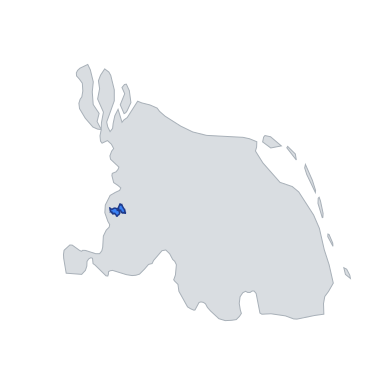 Eersel, Noord-Brabant, Netherlands shown in context, rotated 79°
{"feature_id": "6326949B60524061283729", "entity_name": "Eersel", "entity_type": "district", "adm_level": 2, "iso_a3": "NLD", "parent_name": "Netherlands", "parent_adm1": "Noord-Brabant", "projection": "natural_earth1", "projection_center": [5.327, 51.393], "detail": "fine", "context": "in_parent", "style": "filled", "palette": "blue", "viewbox_px": 384, "rotation_deg": 79, "n_neighbors": 0, "source": "geoboundaries", "source_scale": "gbopen_adm2", "svg_char_len": 4810}
<svg xmlns="http://www.w3.org/2000/svg" viewBox="0 0 384 384"><g transform="rotate(79 192 192)"><path d="M247.7,331.0L240.0,330.8L232.7,330.6L228.9,330.1L224.8,328.7L222.9,325.6L220.7,322.0L221.3,319.7L228.1,313.3L229.1,311.6L228.4,310.6L229.0,307.8L234.2,298.3L234.9,294.5L232.6,291.8L229.2,290.2L218.3,287.4L213.1,283.5L210.7,280.0L208.3,279.0L204.7,280.2L195.7,281.5L188.3,279.6L179.7,273.0L177.7,267.2L176.6,262.7L174.4,261.1L171.5,263.4L167.8,267.1L160.6,267.5L158.5,266.7L158.1,264.7L157.7,262.7L155.7,260.3L153.6,259.0L144.3,265.7L140.9,265.7L136.6,263.1L134.4,260.6L129.7,262.0L125.4,265.2L126.9,271.0L124.6,272.1L119.3,271.6L113.4,269.2L106.8,267.7L96.7,263.7L82.7,266.9L73.0,263.0L64.9,262.6L59.9,259.5L54.5,254.2L58.4,250.7L62.1,249.5L76.9,248.8L87.7,250.9L107.0,262.4L111.9,262.3L117.1,260.9L114.4,257.8L109.6,256.3L102.4,253.2L96.7,248.8L110.2,247.4L108.3,245.2L106.6,241.4L92.5,228.0L94.9,224.4L98.5,216.7L103.0,210.2L106.6,208.5L112.4,204.0L125.1,190.6L133.2,179.8L139.2,166.9L148.1,131.4L150.7,125.4L155.0,118.8L160.2,120.0L163.9,121.9L176.9,116.9L199.3,103.8L205.8,92.5L212.3,87.2L237.8,77.0L252.0,73.9L273.8,73.2L289.5,71.3L308.4,70.7L315.7,77.0L319.9,81.6L326.6,84.2L337.1,85.9L336.6,95.1L336.8,113.2L336.0,116.4L331.4,124.0L326.6,137.7L325.3,146.7L323.8,148.4L303.9,148.4L301.1,149.9L300.7,151.9L301.7,154.2L301.2,156.5L299.7,158.4L300.6,161.4L304.0,164.8L310.4,166.9L317.1,167.1L320.6,166.7L323.1,169.1L325.7,172.9L325.5,177.6L324.6,183.9L321.5,189.8L312.3,196.5L308.2,198.9L304.3,200.1L302.5,201.9L301.6,204.2L301.8,206.2L308.4,211.6L308.3,212.8L306.4,215.6L303.9,218.3L287.0,223.8L280.0,223.4L276.0,226.1L274.7,226.7L270.3,224.1L260.4,221.2L256.7,222.2L254.6,223.8L248.4,225.7L243.9,228.8L243.9,232.7L251.9,242.8L254.6,244.8L254.8,248.5L258.6,253.3L262.6,259.2L263.0,263.0L262.6,266.8L260.6,272.2L253.8,284.9L253.7,287.4L254.3,289.2L256.6,289.7L258.4,290.7L257.9,292.4L245.1,301.2L243.4,302.8L238.1,302.3L237.2,303.8L238.0,306.2L240.1,308.3L244.7,309.4L248.6,311.6L251.8,316.0L247.7,331.0ZM113.4,269.2L112.2,272.8L109.3,276.9L99.2,282.7L88.7,286.5L83.3,286.1L79.6,284.1L77.6,282.0L72.0,279.9L64.3,278.9L59.5,281.1L56.0,283.2L53.0,282.8L50.8,281.1L49.1,278.4L46.9,270.0L52.7,268.5L65.1,267.9L74.7,270.8L87.3,272.3L97.1,268.2L104.7,271.7L113.4,269.2ZM92.6,234.9L99.9,240.2L101.5,241.9L102.1,243.7L92.7,245.8L82.7,239.3L76.1,240.8L73.6,237.8L73.6,235.9L80.5,234.2L92.6,234.9ZM163.8,106.3L156.3,113.1L151.8,111.2L150.5,109.6L152.8,104.3L163.8,95.5L163.8,106.3ZM196.8,76.0L189.8,76.8L186.6,75.4L203.5,71.6L214.1,70.4L216.0,71.0L196.8,76.0ZM242.0,69.0L227.2,70.5L222.2,69.3L221.4,68.2L225.4,67.6L238.0,67.4L241.9,68.4L242.0,69.0ZM180.5,83.5L166.7,90.5L165.5,89.4L174.4,83.3L180.5,83.5ZM302.2,57.1L295.3,57.4L297.3,54.9L303.7,53.0L307.1,53.0L302.2,57.1ZM272.2,64.0L261.8,67.2L259.2,66.6L259.8,65.6L269.0,63.6L272.2,64.0Z" fill="#d9dde1" stroke="#a8b0b8" stroke-width="1"/><path d="M192.1,275.7L192.6,275.7L194.3,275.8L195.5,275.4L195.6,275.5L195.6,275.4L195.8,275.4L196.0,275.3L196.2,275.2L196.3,275.2L196.4,274.9L196.5,274.9L196.5,274.7L196.6,274.4L196.8,274.5L196.8,274.4L197.0,274.4L197.3,274.3L197.5,274.3L197.7,274.2L197.8,274.2L198.0,274.1L198.3,274.0L198.4,273.9L198.0,273.3L198.4,272.9L198.1,272.5L198.1,272.4L198.2,272.2L198.3,272.2L198.3,271.9L198.5,271.8L198.7,271.7L198.8,271.7L199.0,271.5L199.2,271.4L199.3,271.4L199.5,271.2L199.8,271.0L200.0,270.9L200.3,270.8L200.5,270.8L200.8,270.8L200.9,270.7L201.0,270.7L201.3,270.4L201.5,270.3L201.5,270.2L200.7,269.2L200.4,268.9L200.3,268.4L200.2,268.1L199.7,267.6L199.0,267.0L197.9,267.1L197.5,267.1L197.2,267.2L196.6,267.2L196.1,266.4L196.1,266.2L196.4,265.9L196.3,265.5L197.9,265.4L198.0,265.2L198.1,264.8L198.3,264.8L198.3,265.0L198.5,265.0L198.5,264.9L198.8,264.7L199.0,264.6L199.1,264.4L199.2,264.2L199.2,263.9L199.4,263.7L199.5,263.7L199.5,263.3L199.5,263.1L199.4,263.0L199.3,262.8L199.2,262.8L199.2,262.7L199.5,262.3L199.7,262.0L199.9,262.1L200.1,261.5L199.3,261.3L199.1,261.8L197.6,261.3L197.4,261.2L197.5,261.3L197.5,261.5L197.3,261.5L197.5,261.7L197.2,261.7L196.9,261.7L196.7,261.8L196.4,261.9L196.0,261.9L195.9,261.9L195.1,262.1L194.7,262.5L194.4,262.5L193.7,262.6L193.4,262.9L193.3,263.0L192.6,263.1L192.2,263.1L191.8,263.2L191.7,263.3L190.9,263.4L191.0,263.7L191.2,264.2L190.2,264.6L190.2,264.8L190.1,265.1L190.6,265.4L191.0,265.6L192.8,266.9L193.1,266.9L193.2,267.0L193.3,267.1L193.4,267.3L193.5,267.4L193.8,267.4L194.0,267.4L194.0,267.5L194.1,267.4L194.3,267.3L194.4,267.2L194.5,267.1L194.8,267.1L195.1,267.1L195.4,267.2L195.5,267.5L195.9,267.9L195.6,268.2L195.6,268.4L195.7,268.8L195.3,268.8L195.3,268.7L195.1,268.8L194.8,268.8L194.0,268.9L194.0,269.0L193.9,269.3L193.3,270.2L193.3,270.4L193.1,270.9L193.0,271.5L193.8,274.0L192.9,274.9L192.2,275.5L192.1,275.7Z" fill="#3b82f6" stroke="#1e3a8a" stroke-width="1.5"/></g></svg>